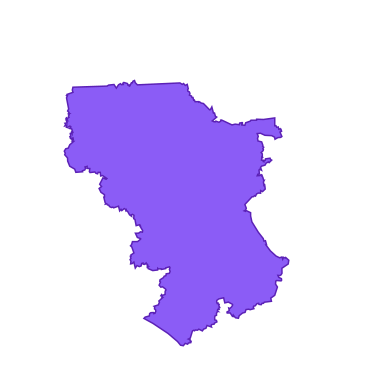 outline of Papantla, Veracruz, Mexico, rotated 159°
{"feature_id": "50627088B19201983933003", "entity_name": "Papantla", "entity_type": "district", "adm_level": 2, "iso_a3": "MEX", "parent_name": "Mexico", "parent_adm1": "Veracruz", "projection": "mercator", "projection_center": [-97.275, 20.413], "detail": "fine", "context": "isolated", "style": "filled", "palette": "violet", "viewbox_px": 384, "rotation_deg": 159, "n_neighbors": 0, "source": "geoboundaries", "source_scale": "gbopen_adm2", "svg_char_len": 6027}
<svg xmlns="http://www.w3.org/2000/svg" viewBox="0 0 384 384"><g transform="rotate(159 192 192)"><path d="M267.4,327.7L273.7,327.9L273.6,327.1L274.5,326.9L274.0,326.3L275.4,324.9L277.4,313.7L279.1,312.2L278.3,310.4L279.1,309.7L278.2,309.1L279.4,308.9L279.0,308.1L280.2,307.1L280.1,305.8L281.9,305.4L282.6,306.3L283.6,305.4L282.7,304.3L283.5,304.1L282.7,303.0L283.7,303.1L283.8,301.3L286.0,301.7L285.7,300.4L287.0,299.3L285.0,299.2L286.1,297.5L285.1,296.8L282.4,297.3L281.8,296.6L282.6,295.8L282.1,295.8L282.4,295.2L283.4,295.1L281.7,294.0L281.9,290.4L282.6,290.7L283.1,289.4L283.3,290.8L283.9,290.0L284.7,290.2L285.2,287.5L286.2,287.4L286.1,285.8L286.8,285.5L284.5,285.3L284.5,284.3L283.8,284.6L284.0,283.8L285.3,284.2L284.7,283.1L285.7,282.6L284.2,281.7L289.2,279.9L291.8,277.3L294.4,277.6L296.6,275.9L296.4,273.7L297.5,272.4L296.0,268.4L297.0,265.4L296.9,259.9L293.3,255.4L293.4,252.0L286.9,250.1L286.7,251.1L284.2,251.0L282.9,252.3L282.9,253.7L280.7,253.5L281.5,251.6L279.0,250.5L280.5,247.8L280.2,246.7L275.5,245.5L275.0,243.9L273.6,242.8L272.6,244.0L270.6,243.2L271.5,239.7L269.6,239.4L266.6,235.1L267.6,234.7L270.1,237.1L275.4,232.3L274.5,229.5L277.5,228.6L277.1,224.3L274.7,220.9L275.5,218.7L276.2,218.8L276.9,213.1L276.5,212.2L277.1,211.7L275.8,211.5L275.6,210.3L274.3,209.3L274.3,208.0L272.8,206.4L271.3,206.2L270.8,205.3L265.7,205.1L266.3,200.3L264.5,201.3L264.2,199.8L261.2,200.8L260.3,199.6L260.4,198.4L259.8,198.8L260.0,197.8L259.1,197.2L258.5,193.1L257.1,191.0L256.8,192.5L255.5,192.4L254.5,191.0L256.0,188.0L255.1,186.8L256.2,180.6L252.5,180.2L252.3,178.7L252.8,178.7L251.9,173.7L252.7,172.3L254.4,173.3L256.6,172.7L259.6,173.8L259.3,169.1L256.7,166.9L256.9,166.4L260.5,165.2L265.4,167.0L267.3,164.5L268.7,163.8L267.9,162.3L268.1,155.9L271.6,155.1L271.8,154.0L272.6,154.1L272.9,151.7L274.0,151.2L273.9,149.0L275.1,146.9L273.6,146.6L271.4,147.4L272.2,141.3L269.7,143.0L267.9,141.2L266.0,141.2L264.6,143.3L263.2,143.2L263.4,142.2L262.6,141.5L260.4,142.1L260.7,141.2L259.7,140.8L259.5,139.8L260.1,139.3L259.6,138.6L260.3,138.8L260.7,137.8L260.1,137.8L260.4,136.2L256.8,132.7L252.0,131.5L251.3,133.0L250.9,132.2L248.4,131.4L248.4,130.7L244.0,129.9L243.7,130.6L239.8,130.2L239.7,129.1L240.8,128.0L240.9,125.7L242.3,124.2L245.4,124.9L246.4,123.2L248.1,123.4L249.4,122.3L253.3,121.5L254.1,120.2L253.7,119.2L256.1,116.8L255.2,114.3L253.5,114.1L251.5,110.9L251.4,109.9L252.6,109.0L253.9,106.0L256.9,106.1L257.1,107.1L258.3,106.3L257.1,105.1L258.2,104.0L257.6,103.8L262.0,102.1L261.9,100.8L263.9,98.7L268.4,98.9L268.0,98.2L268.9,96.3L268.2,95.1L268.6,93.5L270.1,92.0L271.1,92.2L270.7,92.8L271.2,93.3L273.7,94.1L275.1,93.7L276.2,91.6L280.6,92.0L282.2,91.2L275.6,83.4L265.1,68.6L259.1,57.6L257.6,53.1L255.2,51.6L252.6,53.1L250.6,51.5L249.5,52.3L247.1,51.8L246.3,52.9L247.1,53.3L246.7,54.7L248.1,56.0L246.0,56.2L241.4,62.1L240.1,62.3L239.3,61.5L238.5,62.0L236.3,61.0L234.8,61.5L232.1,58.6L230.3,59.8L227.8,59.8L225.8,62.0L222.2,59.0L222.2,60.2L221.3,61.2L218.7,60.7L218.1,61.5L215.3,61.8L215.2,63.4L216.6,64.5L215.6,67.2L214.8,68.1L213.3,68.1L212.6,70.0L211.0,71.4L210.4,71.1L210.9,72.0L210.2,73.0L208.8,72.7L208.9,73.9L207.5,74.1L207.7,76.3L206.9,77.3L207.6,77.8L207.5,79.1L208.4,79.0L208.4,80.5L207.7,81.9L205.4,82.6L200.4,81.9L201.1,76.7L197.5,76.2L194.6,72.8L194.5,72.0L196.1,70.6L198.5,69.7L199.3,70.5L199.7,67.9L202.4,67.4L202.5,66.4L199.7,65.4L198.9,61.8L198.3,62.1L198.7,61.3L198.0,60.9L197.4,61.7L196.5,59.0L193.9,57.5L192.3,59.6L188.2,60.9L185.6,60.6L183.7,62.9L180.9,62.2L180.0,61.3L176.0,60.9L176.1,62.4L175.4,63.3L173.7,63.1L171.4,64.5L169.7,64.2L169.8,63.1L167.8,62.0L166.5,63.0L165.2,62.5L164.0,63.2L157.0,61.5L156.5,64.7L151.8,65.9L146.3,72.7L147.0,76.1L145.7,78.8L144.6,79.0L140.7,77.1L139.9,77.6L139.6,79.1L141.6,81.2L141.7,83.4L139.9,82.5L138.6,82.7L137.1,83.9L135.4,88.6L128.0,90.3L126.1,93.6L128.0,97.3L128.7,96.9L129.9,98.2L131.4,96.7L131.3,99.1L133.8,99.2L136.5,102.1L139.9,108.9L142.0,116.2L141.3,116.1L140.9,120.2L142.4,120.4L142.2,123.1L144.5,130.6L146.8,142.7L145.9,148.5L144.7,151.7L148.2,155.4L149.0,154.8L150.0,155.7L148.5,155.9L147.1,157.4L147.1,161.4L137.7,166.0L136.2,165.6L134.9,166.2L134.2,165.4L132.3,167.1L130.3,167.2L128.4,166.3L127.4,168.7L126.0,167.1L122.6,168.5L121.8,171.6L122.5,171.8L122.5,172.6L121.6,173.1L122.2,173.8L121.7,175.8L120.4,177.0L120.9,177.1L120.6,180.6L121.1,181.7L120.5,182.5L121.2,183.4L122.6,183.0L125.3,183.8L124.2,185.0L122.6,184.7L121.6,188.4L120.8,188.7L121.2,189.5L119.3,187.4L119.2,190.4L117.8,191.2L114.2,190.9L112.4,192.4L109.9,192.7L109.5,191.8L106.2,193.2L107.0,194.2L107.0,195.6L111.5,196.6L112.4,195.3L113.8,195.7L114.0,194.5L114.6,194.9L114.1,196.1L115.7,196.8L114.3,199.6L113.4,198.3L113.8,199.5L112.7,202.4L113.3,204.0L110.8,205.1L110.1,206.1L110.4,207.0L109.0,208.1L109.7,209.4L109.1,210.1L109.0,213.8L112.1,216.0L111.6,218.6L110.2,220.2L110.2,223.2L107.0,222.3L103.6,218.8L97.3,216.0L95.3,213.6L95.6,211.5L92.3,212.0L89.6,211.2L88.2,211.6L88.4,216.4L86.6,216.6L86.5,218.6L87.1,218.6L87.0,219.5L88.5,219.5L88.2,221.8L89.7,222.0L89.9,223.9L91.0,224.2L88.2,231.5L99.3,234.1L105.6,236.8L106.0,235.9L111.2,237.9L112.2,237.3L117.1,237.4L118.8,235.3L121.6,236.8L121.3,237.5L120.6,237.3L120.1,238.7L120.5,238.9L122.8,239.3L123.7,237.9L127.4,239.9L130.6,240.3L138.6,248.6L139.4,248.8L139.5,248.0L141.8,247.4L144.3,249.6L144.8,249.1L146.3,249.7L147.6,251.1L142.1,253.1L143.0,254.3L142.7,257.7L143.7,258.0L143.0,264.3L145.3,262.3L146.1,262.4L149.6,270.5L151.5,271.7L152.6,273.4L153.5,273.4L153.5,274.0L156.8,275.2L156.8,277.0L157.6,277.1L157.2,279.9L158.2,280.3L158.1,281.8L159.7,283.4L158.6,284.7L158.6,286.4L159.7,287.5L159.4,289.1L158.5,289.7L157.9,294.2L160.1,293.9L161.0,296.3L162.6,296.0L164.1,298.1L204.6,311.6L205.8,314.4L205.7,316.7L207.4,316.6L208.6,315.3L209.4,315.7L212.1,313.3L212.6,313.3L212.5,314.6L213.5,314.7L213.4,316.4L216.4,318.7L217.6,318.3L217.6,317.0L219.4,317.5L220.0,318.8L222.2,318.4L225.4,316.1L226.3,320.3L231.5,321.7L233.3,321.3L265.6,332.5L267.2,330.1L267.4,327.7Z" fill="#8b5cf6" stroke="#5b21b6" stroke-width="1.5"/></g></svg>